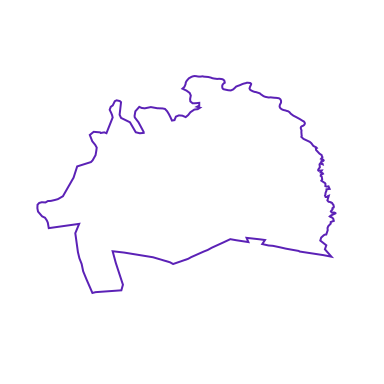 outline of Fresnillo de Trujano, Oaxaca, Mexico, rotated 101°
{"feature_id": "50627088B98936823972638", "entity_name": "Fresnillo de Trujano", "entity_type": "district", "adm_level": 2, "iso_a3": "MEX", "parent_name": "Mexico", "parent_adm1": "Oaxaca", "projection": "natural_earth1", "projection_center": [-98.145, 17.929], "detail": "fine", "context": "isolated", "style": "outline", "palette": "violet", "viewbox_px": 384, "rotation_deg": 101, "n_neighbors": 0, "source": "geoboundaries", "source_scale": "gbopen_adm2", "svg_char_len": 4268}
<svg xmlns="http://www.w3.org/2000/svg" viewBox="0 0 384 384"><g transform="rotate(101 192 192)"><path d="M181.2,51.1L180.8,50.8L180.2,50.0L179.5,49.9L178.8,50.3L177.8,50.6L177.5,51.0L177.3,51.1L176.9,51.7L176.4,52.1L176.1,52.3L175.7,53.4L175.8,53.6L175.6,53.8L175.5,54.7L175.5,56.1L174.9,56.9L174.4,57.5L169.6,57.0L170.1,57.8L171.1,58.2L171.4,59.9L170.1,60.8L169.2,60.5L168.2,60.7L167.1,60.7L165.2,60.3L163.7,60.5L162.7,57.5L160.4,59.1L161.0,60.6L160.8,62.2L158.4,62.6L157.9,63.1L156.2,67.2L154.7,66.6L152.2,67.6L151.6,68.8L150.6,68.8L149.1,66.9L148.6,67.4L148.3,69.5L146.1,68.7L147.0,71.8L146.4,72.4L145.2,72.1L143.4,71.2L140.5,72.1L139.5,71.6L139.9,69.0L139.3,69.3L138.4,71.0L136.9,70.8L136.4,69.0L135.8,68.8L135.2,69.4L134.8,71.6L132.9,70.6L131.9,71.4L131.0,71.8L130.0,74.2L127.1,78.2L125.7,78.7L125.0,77.9L124.5,78.6L124.0,80.4L123.6,81.7L121.3,84.2L120.3,86.0L119.7,88.3L118.6,92.7L117.0,95.2L115.9,95.0L114.8,95.4L113.9,95.6L113.1,95.9L112.0,96.1L111.3,96.2L110.5,96.3L109.1,97.2L108.2,97.5L107.1,97.3L106.3,96.5L105.7,95.5L104.8,94.7L104.1,94.4L103.1,94.3L102.8,94.4L102.1,94.9L101.5,95.6L101.3,95.9L101.1,96.9L100.4,98.6L99.8,100.2L98.5,104.3L97.7,107.1L96.3,110.0L95.0,111.6L94.4,113.1L94.3,114.8L94.1,115.8L94.1,116.9L94.0,118.3L93.7,119.6L93.3,120.5L92.8,121.3L92.3,121.8L91.5,122.3L90.1,122.4L89.2,122.3L88.2,121.9L87.2,121.7L86.4,121.8L85.5,122.0L84.7,122.5L84.1,123.0L83.6,124.0L83.4,124.6L83.5,127.1L83.8,129.4L84.1,133.0L84.6,134.7L84.6,138.1L84.4,139.5L84.0,140.7L83.4,142.0L82.9,143.2L82.2,144.3L81.7,148.4L81.8,149.5L81.6,151.0L81.3,152.3L80.9,153.6L80.4,154.6L79.4,155.3L78.3,155.2L77.1,155.0L75.9,154.7L75.0,154.5L74.5,154.6L74.1,155.2L73.9,155.6L74.0,157.3L74.1,157.9L74.2,158.9L74.9,160.0L75.4,161.2L76.0,162.4L76.8,163.7L77.4,164.5L78.2,165.7L79.3,167.6L80.2,168.9L80.9,169.3L82.0,170.1L83.4,171.1L84.2,172.2L84.9,173.3L85.2,175.9L85.1,180.6L84.8,181.3L84.1,182.0L83.0,182.4L81.9,182.6L80.7,182.4L80.0,182.0L79.2,181.5L78.5,180.7L77.4,181.1L76.4,181.6L75.9,182.5L75.5,183.4L75.5,184.3L75.5,185.2L75.5,185.4L75.6,185.7L75.6,186.4L75.8,187.4L76.1,188.4L76.3,189.6L76.3,190.7L76.4,191.7L76.4,192.8L76.4,193.8L76.1,195.4L76.0,198.0L76.5,202.5L76.4,203.6L77.1,205.7L77.4,207.1L77.5,208.7L77.5,210.0L77.7,211.8L78.4,213.4L79.2,214.7L79.8,215.3L80.8,216.6L81.9,217.3L83.1,218.0L84.3,218.6L85.7,219.0L87.3,218.9L89.0,219.2L90.4,219.6L92.4,221.1L93.5,216.8L95.2,213.2L97.5,211.6L101.1,211.6L103.4,210.9L104.8,208.3L104.1,205.1L103.1,201.9L105.8,201.4L107.4,203.4L107.7,200.2L109.6,202.2L110.6,205.4L114.0,208.8L117.3,210.5L119.7,212.5L118.9,216.1L119.3,219.5L121.1,222.2L124.8,222.9L125.7,225.3L122.6,227.5L119.9,229.6L117.5,231.8L115.6,234.4L115.6,236.9L116.4,242.1L116.5,248.6L118.9,254.4L119.1,257.4L118.5,260.0L123.6,263.0L128.3,262.9L129.7,262.4L133.8,257.8L142.3,250.9L143.2,250.7L144.3,254.4L144.1,258.6L135.4,266.2L132.8,275.8L130.0,277.8L117.4,278.8L116.5,280.2L116.4,283.5L117.6,285.1L122.1,286.3L123.9,288.0L127.0,288.5L129.8,286.4L131.8,285.1L134.0,284.1L150.6,287.2L150.2,289.5L151.5,292.9L151.0,293.6L151.7,300.0L155.5,303.2L161.2,299.6L164.2,296.0L166.6,294.0L170.0,293.8L174.2,293.7L177.5,294.8L179.9,295.6L181.9,296.9L188.8,309.6L200.6,311.0L203.7,312.1L207.9,313.5L209.0,313.9L220.8,317.9L224.6,322.3L226.0,325.1L227.7,328.9L228.4,331.8L230.2,333.8L230.7,337.5L231.9,339.9L234.0,341.2L237.4,340.7L240.6,339.4L244.5,334.5L245.3,331.4L247.6,329.1L249.6,327.7L254.8,325.7L245.3,298.1L244.8,296.7L254.7,298.7L272.8,292.5L278.5,289.9L283.7,286.6L290.6,283.7L297.9,278.9L310.1,270.5L308.7,267.5L302.0,242.6L296.2,242.1L285.8,247.9L276.1,253.3L265.3,258.6L264.4,247.0L264.4,246.9L263.5,217.8L265.2,200.2L266.3,196.8L258.3,183.0L256.1,180.4L248.2,169.1L245.9,165.5L242.8,161.8L235.6,151.7L231.0,145.4L230.9,139.1L230.4,127.1L226.6,129.7L226.5,128.5L225.5,116.2L225.2,111.2L229.7,113.1L229.9,106.7L229.4,102.3L229.5,94.8L229.7,89.0L229.5,76.0L229.9,75.0L228.9,51.2L228.9,42.8L222.9,50.6L218.7,50.0L215.2,56.8L212.1,56.5L209.2,54.3L208.4,53.2L208.1,52.1L203.6,51.5L201.5,52.1L199.5,51.7L196.6,49.8L195.0,50.1L193.3,47.3L191.2,48.3L190.3,49.7L190.0,51.4L189.7,52.1L188.6,51.2L185.9,47.5L185.6,47.1L185.3,47.2L185.0,48.5L185.5,50.9L184.5,52.0L183.8,51.7L182.8,51.0L182.1,50.7L181.2,51.1Z" fill="none" stroke="#5b21b6" stroke-width="2"/></g></svg>